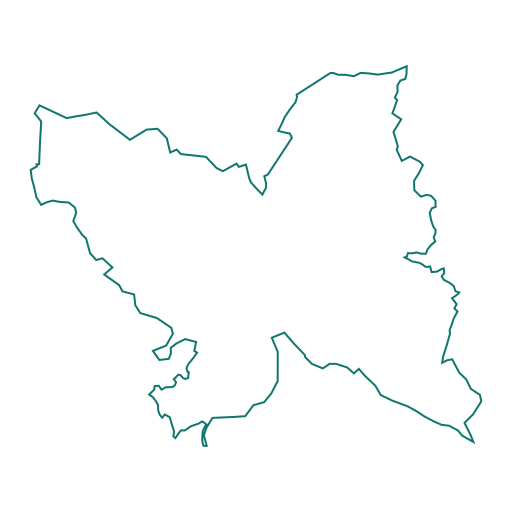 Goudi, Paphos, Cyprus
{"feature_id": "46923920B75616749522000", "entity_name": "Goudi", "entity_type": "district", "adm_level": 2, "iso_a3": "CYP", "parent_name": "Cyprus", "parent_adm1": "Paphos", "projection": "mercator", "projection_center": [32.446, 34.992], "detail": "fine", "context": "isolated", "style": "outline", "palette": "teal", "viewbox_px": 512, "rotation_deg": 0, "n_neighbors": 0, "source": "geoboundaries", "source_scale": "gbopen_adm2", "svg_char_len": 3282}
<svg xmlns="http://www.w3.org/2000/svg" viewBox="0 0 512 512"><path d="M296.6,94.7L297.1,96.8L295.5,102.2L289.9,109.4L284.6,117.3L282.3,122.7L278.2,130.9L283.1,132.2L289.9,133.5L291.9,137.9L267.8,174.6L264.3,176.2L266.0,183.1L266.1,187.4L262.4,194.6L256.4,188.5L251.1,182.6L249.2,178.2L245.9,164.6L238.9,166.9L236.5,163.6L222.8,171.2L216.4,167.9L206.0,156.9L197.0,155.8L180.9,154.1L176.7,149.6L170.2,152.5L166.8,138.3L157.6,128.8L146.6,129.6L129.9,139.8L109.2,124.0L104.1,119.3L96.6,112.5L83.7,115.2L78.4,115.9L66.7,118.1L39.5,105.4L34.7,113.2L41.2,121.5L40.0,142.7L39.1,164.2L36.6,164.3L37.0,166.3L30.7,169.9L31.8,178.5L33.3,183.9L35.0,190.6L36.3,197.1L41.2,204.9L46.1,202.5L52.6,200.6L60.4,202.0L68.7,202.5L74.9,207.5L76.2,212.8L73.3,221.0L76.9,227.4L82.4,235.1L86.0,238.3L90.1,253.2L96.2,260.0L102.4,258.3L112.4,267.4L104.2,274.5L119.1,285.1L120.1,286.9L122.4,291.3L134.1,294.5L135.3,305.2L140.3,313.1L157.0,318.1L171.4,327.9L172.9,333.8L166.1,345.6L152.9,350.9L159.4,360.0L168.8,358.8L170.8,353.8L170.8,347.9L176.4,343.5L185.2,339.1L196.1,342.0L194.3,350.9L197.1,352.7L192.9,358.5L188.3,364.1L186.5,368.1L187.6,371.9L188.8,372.2L188.1,378.1L185.2,378.9L183.1,378.1L180.6,375.2L178.3,374.7L175.7,377.4L173.8,379.1L176.1,382.3L174.7,385.5L172.5,387.0L169.3,387.2L165.9,387.2L161.6,389.7L158.7,385.8L154.8,386.0L154.1,389.7L149.2,394.6L152.9,397.2L156.2,401.6L158.0,405.1L158.2,410.5L159.6,414.5L162.2,417.7L164.8,414.5L169.7,417.2L171.8,424.2L174.0,431.3L173.4,436.4L175.4,438.1L178.9,432.9L181.2,430.3L184.6,430.5L191.3,426.1L198.8,423.5L202.1,421.4L204.5,422.9L206.2,424.3L204.3,427.9L202.8,431.1L202.5,434.1L202.2,440.1L202.8,443.9L203.5,445.8L206.7,445.8L203.8,435.3L206.6,427.4L212.5,417.9L216.5,417.7L232.9,417.0L235.8,416.8L245.2,416.2L253.4,405.2L264.3,402.1L271.3,393.4L277.7,381.0L277.7,373.1L277.7,351.8L271.8,337.7L284.4,332.6L293.4,343.0L304.9,355.1L305.2,357.1L311.9,363.9L322.8,368.4L329.5,363.9L336.2,363.9L347.2,367.5L353.9,373.4L358.9,368.9L364.5,375.4L375.4,385.8L380.8,395.1L392.5,400.7L407.6,406.3L416.3,411.1L424.4,416.4L434.0,421.5L441.8,424.9L449.1,425.7L458.0,430.5L462.2,435.6L473.4,442.0L470.6,435.0L464.5,422.9L473.2,414.2L481.3,401.3L479.9,394.8L470.9,388.9L466.2,379.3L459.4,372.9L452.2,359.3L447.4,360.2L442.1,362.7L443.2,356.3L446.8,345.0L450.0,333.7L449.6,330.4L452.1,323.5L453.8,318.3L457.5,311.5L454.4,308.4L456.6,304.2L452.0,298.2L457.6,294.4L459.2,292.6L455.5,291.2L453.8,286.1L450.0,283.1L443.7,279.7L441.7,276.3L444.2,273.2L443.9,268.5L441.6,269.0L437.1,271.6L431.6,272.1L430.1,266.4L427.3,266.9L425.2,266.7L423.2,265.0L419.6,262.9L412.2,261.4L404.7,257.4L406.8,256.7L407.9,253.2L413.0,253.2L416.5,252.4L420.7,253.6L425.8,253.8L427.5,249.5L430.8,245.2L435.2,241.5L433.7,237.3L435.4,233.5L435.6,230.0L433.2,226.4L431.2,220.5L429.7,212.8L431.9,208.3L435.6,206.9L435.5,200.8L431.1,195.8L426.7,194.9L420.8,196.6L414.4,190.3L414.1,185.3L414.1,180.7L418.6,173.7L422.9,165.2L419.9,161.7L410.0,156.6L401.8,160.9L396.7,149.9L397.8,146.1L395.9,139.9L393.5,131.9L401.2,119.3L392.4,113.4L397.1,100.2L394.9,97.6L397.6,91.8L397.4,85.3L400.4,80.5L405.3,78.9L406.5,73.9L406.7,66.2L391.3,72.7L386.9,73.2L377.8,74.6L368.7,73.4L360.6,72.9L353.9,76.2L345.3,74.8L338.3,74.8L333.0,72.9L330.4,73.0L296.6,94.7Z" fill="none" stroke="#0f766e" stroke-width="2"/></svg>